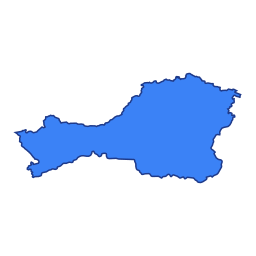 SVG path tracing the border of Tuva
{"feature_id": "RUS-2605", "entity_name": "Tuva", "entity_type": "Republic", "adm_level": 1, "iso_a3": "RUS", "parent_name": "Russia", "parent_adm1": "", "projection": "robinson", "projection_center": [94.276, 51.727], "detail": "fine", "context": "isolated", "style": "filled", "palette": "blue", "viewbox_px": 256, "rotation_deg": 0, "n_neighbors": 0, "source": "natural_earth", "source_scale": "10m", "svg_char_len": 5796}
<svg xmlns="http://www.w3.org/2000/svg" viewBox="0 0 256 256"><path d="M234.6,117.1L233.5,117.0L232.9,117.6L232.7,119.4L232.6,119.8L231.8,120.7L231.3,122.4L230.0,124.7L229.4,125.4L228.0,126.5L223.9,127.4L221.9,128.2L220.7,129.9L219.8,131.8L219.7,132.5L219.9,133.7L219.7,134.8L217.3,134.5L216.0,135.0L214.4,137.7L213.4,139.0L213.2,139.5L213.6,141.4L213.6,141.9L213.0,143.1L212.4,145.3L211.0,147.7L211.1,148.5L211.7,149.3L213.5,150.5L214.3,151.4L215.0,151.9L215.1,152.2L214.2,153.2L214.1,153.8L216.3,157.9L218.4,159.4L220.9,159.9L221.9,160.8L222.1,161.5L222.0,162.4L221.4,164.0L221.3,164.9L221.6,166.2L221.4,167.2L218.1,173.1L216.9,174.3L213.8,175.6L212.2,177.0L211.0,176.1L210.5,176.0L206.4,177.2L206.4,177.4L206.8,178.3L206.6,179.1L205.9,179.8L202.7,181.8L200.7,182.5L198.6,182.3L197.5,181.8L196.7,180.6L195.4,180.1L194.2,178.6L193.4,178.0L187.6,177.3L187.1,177.4L185.9,178.4L185.0,178.8L184.7,178.7L183.7,177.2L183.2,177.0L182.6,177.1L180.4,178.0L179.8,178.0L177.4,176.3L173.5,174.9L172.5,175.3L171.7,176.2L171.1,176.6L170.6,176.4L169.9,175.1L169.3,174.5L168.5,174.3L167.6,174.6L166.2,176.0L165.3,176.4L163.2,176.6L162.7,176.9L161.8,177.9L161.4,178.0L159.2,176.6L158.2,176.3L152.1,176.4L151.1,175.9L150.0,174.2L149.4,173.8L148.7,173.6L144.9,173.8L142.8,174.4L141.8,174.3L140.9,173.0L139.7,171.9L139.4,170.7L137.2,169.8L136.4,168.8L135.9,166.7L135.8,163.9L135.6,163.2L134.8,161.5L134.6,160.1L134.3,159.7L133.8,159.5L118.6,159.0L116.1,158.3L109.3,158.6L107.9,158.3L107.2,157.9L106.4,156.0L106.5,154.7L106.2,153.7L105.3,153.3L104.0,153.3L102.6,153.5L101.8,153.9L101.3,155.7L100.4,156.3L99.4,156.6L98.6,156.2L97.4,154.7L95.0,153.5L94.5,152.8L94.0,151.8L93.7,151.4L93.2,151.3L92.2,151.6L91.9,152.0L91.7,153.4L90.6,155.3L88.8,156.2L86.7,156.2L83.2,155.7L81.5,155.8L79.9,156.3L77.8,157.5L76.7,159.1L76.1,159.6L73.9,160.3L73.3,160.8L72.9,161.9L72.6,162.3L71.8,162.5L69.2,162.2L66.3,163.3L63.8,163.3L63.0,163.6L60.8,165.7L60.0,166.2L57.5,167.0L57.3,167.3L57.2,168.4L56.5,169.0L55.7,169.3L54.8,169.3L52.9,168.9L52.0,169.1L50.9,169.8L49.1,170.1L46.4,171.8L42.7,172.6L42.0,173.0L41.6,173.5L41.4,175.1L40.8,175.8L38.5,176.5L35.4,176.6L34.2,176.9L33.4,177.4L32.7,177.1L32.4,176.7L32.9,175.7L32.8,174.9L32.1,174.4L31.7,173.6L32.6,172.3L32.5,172.1L31.6,171.9L31.2,171.5L31.0,169.5L30.8,169.3L29.5,169.2L28.9,169.8L28.5,169.8L27.4,169.3L27.2,169.0L27.5,168.5L27.5,167.7L28.3,167.3L28.5,166.2L28.7,165.9L30.2,165.5L31.3,164.8L31.3,164.7L30.8,163.7L31.0,162.5L31.3,162.1L31.8,162.3L33.3,163.3L33.4,163.6L33.3,164.3L33.8,164.4L38.4,163.2L38.9,162.3L38.9,161.2L38.1,160.1L37.1,159.5L34.7,159.0L34.5,158.3L33.1,156.9L30.3,153.2L29.2,152.5L28.9,151.7L27.7,151.0L27.2,150.4L24.8,148.6L24.1,147.7L21.9,146.2L21.5,145.3L21.8,143.9L21.6,143.0L21.3,142.5L19.9,141.8L19.6,141.4L19.8,139.8L19.7,138.2L20.3,136.7L20.2,136.1L18.0,134.8L17.2,133.7L15.4,132.5L21.8,131.4L22.2,131.2L22.4,130.6L23.8,130.5L25.6,129.8L26.0,129.9L26.1,130.2L25.7,131.5L25.7,132.2L26.0,132.6L26.6,132.8L27.4,132.6L28.3,131.6L30.2,131.2L31.5,131.5L32.7,132.4L33.6,132.7L36.8,131.9L37.8,130.7L42.0,127.0L43.5,127.7L44.9,127.3L45.0,126.8L44.0,124.8L43.9,122.7L43.5,120.9L45.5,119.3L45.8,116.8L47.6,116.8L48.5,116.1L49.4,116.0L50.5,115.3L51.9,115.7L53.6,115.6L55.0,117.2L58.7,118.6L59.2,119.5L59.3,120.4L60.3,121.5L60.5,122.3L61.1,123.0L62.3,122.6L66.5,122.1L68.2,123.5L69.4,123.7L70.4,123.3L76.3,123.2L77.8,124.1L79.8,124.2L81.0,124.0L83.3,124.4L83.6,124.6L84.1,125.6L84.6,125.8L85.5,126.1L88.0,126.4L90.2,125.8L95.0,125.9L96.6,126.5L97.5,125.9L99.2,125.6L100.2,124.9L102.6,124.6L104.1,125.0L104.8,124.5L104.8,123.9L105.1,123.4L106.0,122.8L107.2,122.8L108.9,122.0L110.2,120.2L110.6,119.9L112.2,119.5L115.0,117.0L117.1,116.0L119.0,115.9L121.9,114.4L121.7,113.5L122.1,112.5L123.7,110.6L123.5,109.2L123.7,108.6L124.9,107.8L125.6,106.8L128.4,104.8L128.6,104.4L128.3,103.8L128.4,103.3L130.3,102.4L130.9,101.0L131.8,99.8L131.8,98.8L132.0,98.3L131.8,97.9L132.0,97.6L135.3,95.9L137.2,95.7L138.1,96.3L138.9,96.2L139.7,95.7L140.0,94.5L140.8,93.6L141.7,92.0L141.2,90.9L141.3,90.3L141.8,89.4L141.7,88.5L143.5,87.2L143.7,86.9L143.2,85.7L141.4,85.4L141.3,85.0L141.4,84.7L143.2,83.9L144.5,82.9L147.5,82.6L148.5,82.8L149.5,82.3L150.2,82.9L151.2,83.1L153.0,82.4L154.0,81.3L155.3,80.9L156.2,81.2L156.3,82.3L156.5,82.6L157.5,83.1L158.5,83.2L160.4,82.4L161.3,81.8L163.2,81.1L163.7,80.7L164.1,80.0L166.1,79.2L166.4,79.3L166.9,79.9L168.4,80.1L169.6,79.9L170.3,80.5L173.2,81.1L173.7,80.7L173.6,80.2L175.2,79.3L175.9,78.3L175.8,77.5L176.0,77.0L176.6,76.6L177.5,76.7L177.0,77.3L177.3,77.5L178.6,77.0L179.1,77.0L179.3,77.2L178.8,78.1L180.1,78.6L180.4,79.3L180.7,79.4L181.4,78.8L183.2,78.8L185.1,78.3L186.0,76.7L185.7,76.0L186.0,75.7L186.4,74.3L186.9,74.0L188.3,73.6L189.7,73.5L190.1,73.6L191.0,74.4L192.0,74.7L192.4,75.3L193.7,75.7L195.1,76.7L196.4,76.4L197.6,77.0L199.5,77.2L199.7,77.7L200.6,78.4L200.9,79.2L201.6,79.7L201.7,80.4L202.0,80.8L204.4,81.1L204.9,81.4L205.0,82.8L205.4,83.2L205.9,83.3L208.0,83.0L211.7,83.7L212.9,83.6L213.2,83.9L213.1,85.0L213.2,85.4L214.5,86.5L217.7,86.7L218.5,87.2L220.0,87.3L220.2,87.6L219.8,88.2L220.1,89.0L220.0,89.8L220.4,90.5L221.6,90.9L222.3,90.5L225.5,90.3L226.7,90.5L228.5,89.1L232.2,89.9L232.6,89.9L232.9,89.3L233.8,89.3L236.6,90.7L235.1,91.6L234.9,92.1L235.0,92.4L240.6,94.6L240.0,95.7L239.9,96.2L240.1,97.0L239.8,97.3L238.6,96.8L236.3,96.3L234.9,95.3L234.2,95.3L233.8,95.5L232.2,97.8L232.6,99.0L234.1,98.8L234.0,100.1L234.2,101.0L234.1,102.4L233.7,102.9L232.9,102.8L232.5,103.3L231.3,104.0L231.3,105.2L231.9,105.8L231.5,106.5L230.6,106.8L230.0,106.7L229.7,107.1L229.8,107.8L229.6,108.0L228.7,108.7L227.8,109.0L228.9,110.5L228.2,112.3L228.3,113.4L228.6,113.5L229.7,112.5L231.6,113.1L232.0,113.8L231.8,115.2L232.5,115.5L233.7,115.1L234.3,115.2L234.6,115.7L234.8,116.4L234.6,117.1Z" fill="#3b82f6" stroke="#1e3a8a" stroke-width="1.5"/></svg>